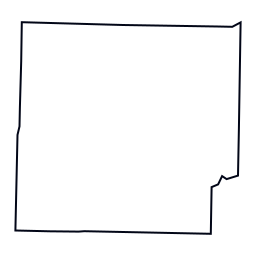 Cleburne, Arkansas, United States of America (Albers equal-area conic projection)
{"feature_id": "52423323B35410834026832", "entity_name": "Cleburne", "entity_type": "district", "adm_level": 2, "iso_a3": "USA", "parent_name": "United States of America", "parent_adm1": "Arkansas", "projection": "albers", "projection_center": [-92.012, 35.535], "detail": "fine", "context": "isolated", "style": "outline", "palette": "ink", "viewbox_px": 256, "rotation_deg": 0, "n_neighbors": 0, "source": "geoboundaries", "source_scale": "gbopen_adm2", "svg_char_len": 363}
<svg xmlns="http://www.w3.org/2000/svg" viewBox="0 0 256 256"><path d="M84.3,231.2L210.8,233.8L211.6,187.1L218.1,184.4L222.1,176.1L226.6,179.1L238.0,175.6L238.9,128.7L240.6,22.4L232.3,26.8L217.7,26.5L123.0,25.0L21.8,22.2L21.2,61.4L19.9,107.3L19.5,126.4L17.5,134.9L15.4,230.5L49.9,231.3L78.7,231.6L84.3,231.2Z" fill="none" stroke="#020617" stroke-width="2"/></svg>